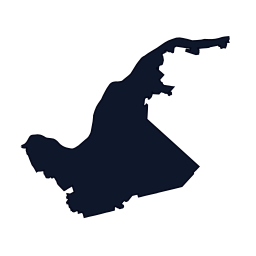 Dunavas pag., Jekabpils, Latvia (Albers equal-area conic projection), rotated 266°
{"feature_id": "27541924B9707023738482", "entity_name": "Dunavas pag.", "entity_type": "district", "adm_level": 2, "iso_a3": "LVA", "parent_name": "Latvia", "parent_adm1": "Jekabpils", "projection": "albers", "projection_center": [26.187, 56.189], "detail": "fine", "context": "isolated", "style": "filled", "palette": "ink", "viewbox_px": 256, "rotation_deg": 266, "n_neighbors": 0, "source": "geoboundaries", "source_scale": "gbopen_adm2", "svg_char_len": 5471}
<svg xmlns="http://www.w3.org/2000/svg" viewBox="0 0 256 256"><g transform="rotate(266 128 128)"><path d="M45.8,100.1L46.4,104.3L46.5,104.4L47.2,108.4L47.4,108.4L47.5,108.5L47.9,108.5L49.7,108.6L49.8,108.6L50.2,109.0L50.4,109.0L50.5,109.2L50.6,109.3L50.7,109.6L50.6,109.9L50.7,110.1L50.7,110.3L50.4,110.9L50.1,111.2L49.4,112.1L49.4,112.4L49.4,112.5L49.5,112.6L49.5,112.9L49.3,113.1L49.1,113.2L49.1,113.4L48.7,113.6L48.5,113.8L48.4,113.9L48.4,114.0L48.4,114.5L48.4,114.8L48.6,115.2L48.6,115.5L48.7,115.9L48.8,116.7L48.9,117.1L49.1,117.3L49.2,117.5L49.7,117.7L50.0,117.9L50.3,117.9L50.9,117.8L51.1,117.7L51.4,117.4L51.7,116.8L52.0,116.2L52.4,115.8L52.6,115.8L53.3,116.2L54.0,116.9L54.3,117.1L54.6,117.2L54.9,117.4L55.2,117.9L55.6,118.6L55.8,118.9L55.9,119.1L55.9,119.4L55.9,119.7L55.9,119.9L55.8,120.1L55.6,120.3L55.1,120.7L55.0,120.9L55.1,121.3L55.3,121.7L55.4,122.0L55.5,122.2L55.5,122.5L56.0,123.0L60.5,127.1L60.7,127.4L60.7,127.5L61.4,131.6L61.5,131.8L61.4,132.0L61.5,133.3L58.7,133.8L58.9,135.5L59.4,138.0L59.9,140.8L61.7,152.4L61.9,152.8L64.5,168.5L66.1,177.7L66.2,177.8L72.3,184.2L72.5,184.4L77.8,190.0L79.1,189.8L81.2,192.2L81.7,192.9L81.9,193.0L84.6,196.0L108.0,173.6L135.4,147.2L140.7,147.9L146.5,148.6L149.6,148.9L150.4,148.1L149.3,147.2L148.9,146.9L148.7,146.7L148.6,146.4L148.7,145.9L148.8,145.9L149.5,145.4L150.3,145.0L152.0,145.6L155.5,146.2L157.3,147.5L157.5,150.4L155.6,150.5L155.7,151.2L155.8,151.2L156.7,152.5L157.7,153.3L160.8,154.6L161.8,154.8L160.7,155.8L160.0,161.1L160.7,161.3L160.5,161.7L162.1,163.3L162.2,163.7L161.7,164.5L161.2,166.3L160.2,167.6L160.4,168.0L160.0,169.3L159.0,170.9L158.7,171.0L158.0,170.9L157.8,171.4L158.7,171.7L158.3,172.9L158.4,173.2L158.7,173.6L159.4,173.6L160.5,173.5L160.9,171.5L165.7,176.4L166.1,174.0L166.2,173.8L166.7,171.8L167.8,166.7L168.1,166.4L168.8,165.8L169.2,165.3L169.6,165.2L170.2,165.2L170.5,165.1L170.8,165.0L170.9,164.9L171.0,164.7L171.0,164.3L171.1,164.1L171.4,163.8L172.9,163.1L173.4,162.9L173.9,162.9L174.2,162.7L174.3,162.9L178.5,167.2L180.9,164.9L182.2,163.5L185.3,160.7L185.8,161.0L184.9,162.3L187.3,162.7L188.3,163.4L188.7,164.0L189.0,166.0L189.5,166.6L192.9,167.7L193.2,167.8L196.3,167.5L197.2,167.4L197.6,167.1L197.9,166.8L199.9,167.3L200.6,169.4L200.8,169.4L201.4,171.0L202.4,170.4L202.7,171.0L202.7,172.0L201.9,173.5L201.4,174.3L201.4,175.9L200.2,177.6L200.4,178.4L201.2,178.6L205.3,179.4L206.4,181.6L206.5,182.0L203.3,196.0L201.3,195.3L202.3,191.8L202.2,191.7L201.8,191.6L200.6,191.2L196.7,200.9L196.9,203.4L198.4,203.5L198.4,203.8L198.6,203.8L198.9,203.8L199.0,203.9L199.7,203.8L200.3,204.0L200.9,204.0L202.1,203.7L202.3,203.5L202.3,203.4L202.7,203.2L202.9,207.8L202.9,212.2L203.0,214.2L203.6,215.7L203.7,215.9L203.7,216.6L204.6,223.8L203.2,224.7L203.3,225.9L201.1,226.5L201.5,227.9L201.7,228.7L201.6,229.5L201.3,230.7L202.8,231.4L204.6,232.0L204.9,232.0L205.1,232.1L205.4,231.8L205.7,231.7L206.7,231.6L206.7,232.5L206.7,233.4L206.6,233.9L206.6,234.5L207.2,234.3L208.2,234.0L208.5,233.8L208.8,234.3L209.2,234.6L209.8,234.9L211.9,234.8L211.8,231.2L211.6,229.0L211.3,227.3L210.7,224.9L210.2,221.2L210.1,217.9L210.4,214.1L210.8,210.4L210.3,207.3L210.2,202.3L210.3,198.1L211.9,193.6L213.3,188.8L214.0,185.8L214.0,182.4L212.9,178.2L211.8,174.5L210.3,171.2L208.8,168.6L206.8,165.2L205.3,162.7L203.8,159.7L202.3,156.8L200.6,153.5L198.3,149.8L197.7,148.3L196.5,146.5L194.8,145.0L193.0,143.3L190.5,141.2L184.5,136.9L181.9,135.0L180.3,133.2L178.2,130.2L176.6,127.9L174.9,125.6L174.6,124.2L174.5,122.9L174.4,121.0L174.6,119.1L174.5,117.3L174.2,115.7L173.5,114.3L172.5,113.1L171.0,111.9L168.7,110.1L165.8,108.2L161.7,105.7L158.0,103.7L156.8,102.6L153.8,100.2L151.0,98.3L147.3,96.5L142.9,94.8L141.1,94.6L137.0,93.9L127.2,91.4L125.5,90.8L123.6,89.7L121.8,88.5L120.4,87.1L118.7,84.7L113.5,77.8L111.6,74.3L111.0,72.7L110.7,71.4L110.8,69.8L111.6,66.8L112.3,64.6L113.1,62.9L114.1,61.2L115.8,59.1L116.8,58.2L119.2,56.3L119.8,55.7L121.0,54.3L121.9,52.8L122.5,50.4L122.9,48.2L123.3,46.2L123.5,45.7L124.1,44.5L125.0,43.4L126.2,41.3L126.8,39.8L127.3,37.2L127.2,35.2L127.2,32.7L127.1,31.5L126.8,30.7L126.2,29.9L124.7,28.8L122.2,27.2L120.6,26.0L119.1,24.4L118.4,22.9L117.8,21.1L116.9,21.4L116.3,21.6L116.2,21.6L116.1,21.3L116.1,21.2L116.0,21.3L115.9,21.7L115.8,21.9L115.7,22.0L115.6,22.9L115.5,23.1L115.5,23.6L115.5,23.8L115.5,24.0L115.4,24.3L115.4,24.5L115.6,24.7L115.6,24.8L115.5,25.3L115.4,25.5L115.0,25.7L114.8,25.6L114.7,25.5L114.2,25.6L114.1,25.4L113.6,25.3L113.2,25.1L112.9,25.1L112.5,25.2L112.2,25.3L111.5,25.3L111.3,25.3L111.0,25.5L110.5,25.7L110.0,25.6L109.7,25.8L109.3,25.7L109.2,25.8L109.1,26.1L108.7,26.2L108.7,26.6L108.6,26.8L108.2,26.8L106.6,27.3L106.0,27.5L104.1,28.0L101.1,29.0L98.0,30.0L96.5,31.0L94.6,32.1L90.8,33.8L91.3,34.5L91.5,35.7L91.4,37.5L91.6,41.1L91.6,41.3L90.6,41.2L88.2,41.3L88.1,41.7L86.7,42.1L86.1,42.5L84.6,43.0L84.3,43.2L84.0,44.9L84.0,45.6L84.1,45.9L84.6,46.4L84.7,46.5L84.9,47.0L84.5,48.0L84.3,48.1L83.7,48.5L83.6,48.8L84.1,49.8L84.7,50.5L84.1,51.1L83.0,51.9L80.9,52.9L80.3,53.3L77.7,54.0L77.2,54.2L76.3,54.8L70.2,59.9L70.8,61.3L72.0,63.3L74.5,68.5L67.9,70.1L66.4,66.9L65.9,65.6L66.6,62.7L63.8,63.2L63.4,62.1L62.2,62.4L62.5,63.4L60.0,63.9L60.0,63.3L58.1,61.7L57.3,61.9L56.8,62.1L57.4,63.5L56.6,63.3L55.3,64.2L55.1,63.9L53.4,64.1L53.0,64.2L52.5,64.8L52.1,65.3L49.8,65.7L50.0,66.9L48.8,67.0L48.3,68.2L48.6,69.2L49.3,70.8L48.8,72.7L46.6,72.7L47.3,76.2L45.9,77.5L42.0,78.2L42.5,81.1L42.7,81.9L43.8,89.3L44.7,94.4L45.8,100.1Z" fill="#0f172a" stroke="#020617" stroke-width="1.5"/></g></svg>